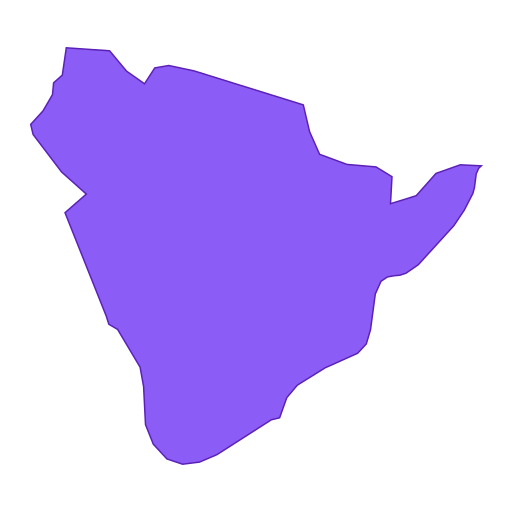 SVG path tracing the border of Kabale
{"feature_id": "UGA-3375", "entity_name": "Kabale", "entity_type": "District", "adm_level": 1, "iso_a3": "UGA", "parent_name": "Uganda", "parent_adm1": "", "projection": "natural_earth1", "projection_center": [30.02, -1.25], "detail": "fine", "context": "isolated", "style": "filled", "palette": "violet", "viewbox_px": 512, "rotation_deg": 0, "n_neighbors": 0, "source": "natural_earth", "source_scale": "10m", "svg_char_len": 868}
<svg xmlns="http://www.w3.org/2000/svg" viewBox="0 0 512 512"><path d="M301.4,382.6L297.3,385.2L286.8,397.6L279.6,417.8L271.3,419.8L217.0,454.6L199.5,462.1L182.6,464.2L167.0,459.0L153.3,444.2L145.5,424.6L143.6,386.6L140.1,367.2L117.6,329.4L108.9,324.3L108.8,324.2L106.3,316.2L65.0,212.7L86.3,194.1L61.6,172.0L33.1,134.5L30.7,124.4L43.0,110.9L52.5,94.6L53.6,82.8L62.3,75.1L66.3,47.8L109.6,50.8L126.5,71.1L144.5,83.8L154.8,67.9L168.8,65.5L194.1,70.9L303.3,104.9L309.6,131.7L319.6,154.3L346.9,164.4L376.0,166.9L392.0,176.7L390.5,203.7L416.2,195.7L436.0,173.4L460.3,164.8L480.7,165.8L481.3,165.8L478.6,168.4L476.2,174.0L474.5,187.3L472.9,193.4L464.3,210.1L453.9,225.6L418.3,264.7L406.0,273.2L400.0,275.2L393.7,275.8L387.3,277.0L381.0,281.3L375.3,294.0L370.5,329.8L366.3,343.9L357.7,353.2L325.0,367.9L301.4,382.6Z" fill="#8b5cf6" stroke="#5b21b6" stroke-width="1.5"/></svg>